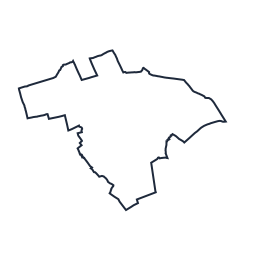 Fartanesti, Galati, Romania, rotated 256°
{"feature_id": "2599482B98747268869186", "entity_name": "Fartanesti", "entity_type": "district", "adm_level": 2, "iso_a3": "ROU", "parent_name": "Romania", "parent_adm1": "Galati", "projection": "orthographic", "projection_center": [27.982, 45.802], "detail": "fine", "context": "isolated", "style": "outline", "palette": "slate", "viewbox_px": 256, "rotation_deg": 256, "n_neighbors": 0, "source": "geoboundaries", "source_scale": "gbopen_adm2", "svg_char_len": 5626}
<svg xmlns="http://www.w3.org/2000/svg" viewBox="0 0 256 256"><g transform="rotate(256 128 128)"><path d="M204.7,80.0L203.7,79.7L203.3,78.2L201.8,77.1L200.7,76.2L200.5,75.2L198.7,73.8L197.3,72.3L195.2,70.3L194.7,68.0L194.6,67.7L193.5,45.1L193.3,41.5L193.2,41.2L192.9,40.8L192.9,40.4L193.0,39.0L193.2,38.1L193.0,34.3L192.8,31.7L191.4,31.6L187.9,31.7L185.4,31.7L183.5,31.7L182.4,31.8L178.6,32.1L175.0,32.9L173.4,32.8L172.7,32.9L172.0,33.0L170.2,32.9L169.9,32.9L169.6,33.0L169.0,33.0L161.7,32.9L161.7,33.5L161.5,37.2L161.5,38.7L161.4,39.7L161.2,41.4L161.0,42.5L161.1,43.6L161.0,44.5L161.0,46.3L160.9,47.6L160.8,48.4L160.8,50.4L161.0,51.1L161.1,52.6L160.9,53.3L156.0,53.5L156.0,53.8L155.6,63.4L155.6,66.6L155.7,69.8L146.1,69.7L140.0,69.5L140.3,71.9L140.5,73.2L142.2,81.0L141.2,81.0L140.5,82.0L140.0,82.7L139.8,83.0L139.4,83.2L138.9,83.3L138.2,83.3L137.8,82.9L137.2,82.5L136.6,82.3L136.4,82.1L136.1,82.1L135.8,82.2L135.1,82.2L135.1,77.9L133.1,77.9L132.4,78.0L129.2,79.3L126.8,80.2L126.6,80.2L126.4,79.8L125.1,77.6L122.5,78.8L121.1,75.7L120.4,74.2L117.3,74.8L117.2,74.7L116.2,74.9L115.2,75.1L114.9,74.9L113.7,75.2L113.8,75.9L112.8,76.1L112.9,76.8L111.8,77.0L111.7,76.3L110.5,76.5L110.6,77.4L109.6,77.8L109.6,78.3L108.7,78.5L108.3,78.7L103.8,80.6L100.4,81.9L100.2,82.0L98.4,83.5L97.8,82.2L97.7,82.3L96.8,83.1L96.3,83.3L95.7,83.6L94.5,83.9L94.1,84.1L93.5,84.2L93.3,84.4L93.2,84.8L93.1,85.2L93.0,85.4L91.3,86.5L91.2,86.5L90.3,87.0L89.2,87.6L88.4,88.0L87.7,88.3L87.8,91.1L87.0,92.5L86.7,92.9L86.2,93.1L84.8,94.2L83.2,95.0L82.3,95.3L81.7,95.4L81.5,95.5L80.7,95.5L80.1,96.0L79.7,96.3L78.7,97.1L78.1,98.0L77.1,99.1L76.0,100.0L75.3,99.7L75.0,99.5L74.9,99.1L74.3,98.5L73.5,97.5L72.9,97.0L72.4,96.9L72.2,96.8L71.8,96.3L71.5,96.2L70.8,95.8L70.1,95.4L69.1,94.4L68.2,95.1L64.5,98.3L61.3,101.4L59.5,101.8L58.4,102.1L48.9,106.2L50.7,112.0L51.7,114.8L52.7,119.5L56.5,119.3L58.9,139.4L59.6,139.4L60.1,139.3L88.7,142.1L90.9,149.0L91.9,149.9L92.0,150.6L91.8,151.0L90.9,151.4L90.8,153.3L90.6,154.7L90.2,157.4L89.8,157.9L89.3,159.0L94.3,158.4L94.4,158.6L96.6,159.0L97.3,159.0L97.9,159.3L98.6,159.4L102.3,161.2L105.7,162.1L105.5,162.6L106.5,163.5L106.8,164.6L107.2,164.0L107.3,164.2L108.6,165.3L108.4,165.7L108.8,165.9L108.9,166.4L109.6,167.1L108.8,167.2L110.5,167.7L110.6,168.2L110.3,168.6L111.0,169.3L111.3,169.7L108.9,172.2L108.3,172.7L107.0,173.6L104.9,175.0L104.4,175.6L103.3,176.7L102.6,177.4L102.0,178.0L101.2,178.6L100.3,179.1L103.9,186.0L104.3,186.7L107.0,191.7L108.1,194.4L108.5,195.1L110.2,198.2L110.7,199.3L111.7,202.4L112.3,206.0L112.4,208.4L112.6,209.0L112.8,213.6L112.9,216.7L112.8,218.2L112.7,218.8L112.3,219.9L112.0,220.3L111.3,221.3L111.1,221.7L110.7,223.5L110.6,224.4L117.6,222.1L122.7,220.5L128.7,218.5L130.3,218.0L131.3,217.7L133.5,216.8L135.0,216.0L135.6,215.7L137.3,214.0L137.6,213.5L137.6,213.4L138.1,211.6L138.5,210.6L138.5,210.4L138.7,210.2L138.8,210.2L140.3,209.7L140.6,209.3L141.2,208.6L141.5,208.4L141.9,207.9L142.1,207.7L142.8,206.8L143.4,206.0L144.0,205.4L144.5,204.5L146.0,202.7L146.8,201.5L147.0,201.2L147.4,200.8L148.0,200.2L149.0,199.6L149.4,199.5L153.1,197.9L153.9,197.6L154.6,197.2L155.1,196.9L155.9,196.6L156.7,196.1L157.2,195.8L158.5,195.1L160.1,194.4L160.9,194.0L160.9,193.9L161.1,193.7L161.7,192.4L163.4,188.1L165.0,184.1L165.8,181.9L167.1,178.5L167.6,177.1L167.8,176.7L168.1,175.9L168.9,174.2L169.2,173.6L169.7,172.5L170.0,171.8L170.1,171.7L170.5,170.8L170.7,170.3L171.0,169.5L171.3,168.9L171.6,168.3L171.7,168.1L172.0,167.4L172.3,166.7L172.5,166.3L172.6,166.0L172.6,165.8L172.7,165.6L172.8,165.4L172.9,165.2L173.0,164.9L173.2,164.7L173.5,164.2L174.7,162.7L175.1,162.3L175.3,162.0L175.6,161.8L175.8,161.8L176.0,161.7L176.3,161.7L176.4,161.8L176.6,161.8L176.9,161.9L177.2,162.0L178.9,160.6L179.4,160.2L180.5,159.3L181.5,158.4L182.2,157.9L182.6,157.7L182.6,157.3L182.4,157.0L181.5,156.3L180.8,155.9L180.7,155.8L180.4,155.4L180.0,154.7L179.7,154.5L179.7,154.4L179.6,154.2L179.6,153.3L179.6,152.9L179.8,151.8L179.8,151.4L179.9,151.1L179.9,150.9L179.9,150.5L180.0,150.1L180.0,149.9L180.1,149.1L180.2,148.9L180.4,148.1L180.5,147.9L180.7,147.6L180.7,147.3L180.7,146.9L180.7,146.7L180.8,146.2L180.9,145.8L181.2,144.3L181.3,143.7L181.4,142.9L181.6,142.4L181.6,142.1L181.7,141.1L181.8,140.7L181.9,140.2L181.9,139.9L182.0,139.9L182.1,139.7L182.4,139.4L183.0,138.9L183.0,138.4L183.1,138.2L183.2,137.7L183.2,137.2L183.1,136.9L184.4,136.6L185.1,136.4L185.5,136.3L186.3,136.2L187.3,136.0L189.4,135.6L190.3,135.4L191.3,135.2L192.2,135.0L192.9,134.8L193.6,134.7L194.4,134.5L194.9,134.4L195.9,134.2L197.8,134.1L198.9,133.9L199.8,133.7L200.9,133.5L202.2,133.3L202.9,133.0L203.4,132.8L203.8,132.7L204.5,132.4L205.2,132.2L205.8,132.1L207.0,131.7L207.0,131.1L207.1,130.8L207.1,130.6L207.1,130.3L207.1,129.8L207.1,129.3L207.1,128.7L207.1,128.3L207.1,128.0L207.0,127.7L207.0,127.2L206.9,126.5L206.8,126.0L206.7,125.7L206.5,125.1L206.4,124.9L206.4,124.3L206.3,124.2L206.2,123.9L205.9,122.5L205.7,121.8L205.1,120.1L205.0,119.3L205.0,118.6L205.1,118.1L205.1,117.2L205.1,116.2L205.0,115.3L204.8,114.2L204.8,113.7L204.5,111.6L204.4,111.2L204.4,110.7L204.6,109.5L204.6,109.2L204.8,107.9L204.8,107.7L204.5,107.7L203.8,107.8L199.4,108.4L192.9,109.5L189.0,110.3L186.4,110.8L186.2,105.9L186.2,105.6L186.1,103.7L186.1,103.4L186.0,103.1L185.8,94.8L185.8,94.7L191.6,93.7L192.3,93.5L197.7,92.5L201.5,91.9L202.0,91.9L202.4,91.8L203.0,91.6L203.5,91.5L204.3,91.4L205.7,91.0L206.3,90.9L206.0,90.6L205.8,90.3L205.6,90.1L205.5,89.6L205.5,88.6L205.6,88.2L205.7,87.8L205.7,87.7L205.4,87.1L205.3,86.7L205.2,86.1L205.0,84.8L204.9,84.0L204.7,83.4L204.7,82.9L204.7,82.5L205.0,81.0L205.0,80.7L204.7,80.0Z" fill="none" stroke="#1e293b" stroke-width="2"/></g></svg>